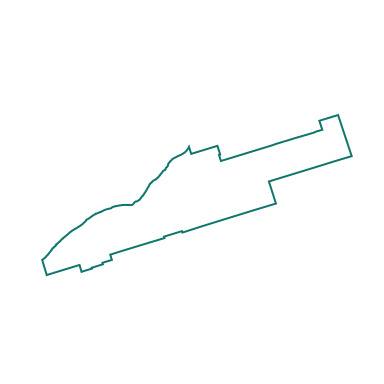 outline of Dundas, Western Australia, Australia, rotated 163°
{"feature_id": "25037944B97036074912579", "entity_name": "Dundas", "entity_type": "district", "adm_level": 2, "iso_a3": "AUS", "parent_name": "Australia", "parent_adm1": "Western Australia", "projection": "equal_earth", "projection_center": [126.268, -32.126], "detail": "fine", "context": "isolated", "style": "outline", "palette": "teal", "viewbox_px": 384, "rotation_deg": 163, "n_neighbors": 0, "source": "geoboundaries", "source_scale": "gbopen_adm2", "svg_char_len": 5626}
<svg xmlns="http://www.w3.org/2000/svg" viewBox="0 0 384 384"><g transform="rotate(163 192 192)"><path d="M355.2,155.1L320.9,155.1L321.0,148.0L310.0,148.0L310.0,148.9L298.4,148.9L298.4,150.5L288.5,150.5L288.5,156.0L275.9,156.1L254.7,156.1L231.8,156.0L231.8,157.5L213.0,157.5L213.0,156.0L192.2,156.3L173.7,156.4L137.3,156.5L115.1,156.4L115.4,179.6L72.7,179.6L47.5,179.7L28.8,179.6L29.8,222.9L49.4,222.9L49.2,213.4L56.5,213.5L57.0,213.2L65.4,213.2L76.6,213.4L92.8,213.4L98.0,213.4L101.6,213.2L155.3,213.2L155.3,219.6L154.1,219.6L154.2,228.7L181.6,228.7L181.7,236.0L182.6,235.0L183.5,234.3L183.7,234.2L185.0,233.2L186.8,232.2L187.1,232.1L188.2,231.7L189.8,231.3L190.5,231.0L191.9,230.8L192.2,230.8L192.8,230.7L193.3,230.6L193.6,230.6L194.6,230.4L195.0,230.5L195.5,230.3L196.2,230.2L198.0,229.8L198.9,229.8L199.7,229.5L200.7,229.3L200.8,229.3L201.0,229.3L201.6,228.9L202.1,228.6L202.3,228.4L202.7,228.3L203.5,227.9L204.1,227.6L204.4,227.1L204.7,227.0L205.0,226.8L205.6,226.6L206.2,226.1L206.4,225.9L206.7,225.3L206.8,225.2L207.4,224.2L207.6,224.1L207.7,223.9L207.9,223.8L208.3,223.5L208.5,223.3L209.2,222.9L209.5,222.9L209.8,222.7L210.3,222.3L210.5,221.7L210.9,221.1L211.1,221.1L211.3,221.1L211.5,221.0L211.9,220.9L212.5,220.8L213.2,220.7L213.7,220.5L213.8,220.3L214.0,220.2L214.3,220.0L214.4,219.8L214.7,219.6L214.9,219.4L215.4,219.0L215.9,218.8L216.1,218.6L216.4,218.4L216.5,218.4L216.9,218.1L217.2,217.9L217.5,217.7L217.8,217.4L218.1,217.2L218.3,217.0L218.6,216.9L219.1,216.7L219.3,216.4L219.5,216.4L220.0,216.1L220.6,215.7L221.4,215.3L221.8,215.2L222.3,214.9L222.6,214.9L222.8,214.7L223.1,214.7L223.4,214.5L224.0,214.4L225.1,214.3L225.6,214.1L225.8,214.1L226.3,213.8L227.1,213.5L227.2,213.4L227.3,213.2L227.5,213.0L228.4,212.8L228.6,212.6L229.2,212.5L229.4,212.2L229.5,212.1L229.9,212.0L230.2,211.7L230.4,211.6L231.0,210.8L231.5,210.4L231.7,210.2L231.9,210.0L232.2,209.6L232.5,209.4L232.9,209.1L233.2,208.9L233.6,208.4L233.9,208.1L234.2,207.8L234.5,207.4L235.2,206.9L235.4,206.7L235.7,206.3L236.0,206.2L236.3,205.9L236.5,205.7L236.8,205.5L237.1,205.3L237.4,205.0L237.8,204.8L238.2,204.3L238.8,203.8L238.9,203.7L239.3,203.5L239.4,203.3L239.7,203.1L239.9,203.0L240.2,202.7L240.4,202.7L241.0,202.4L241.4,202.2L241.7,202.0L242.4,201.3L242.7,201.1L242.9,201.1L243.2,200.9L243.4,200.6L243.8,200.4L244.3,200.0L244.7,199.8L245.1,199.8L245.3,199.6L245.7,199.6L246.3,199.4L246.5,199.4L247.0,199.3L247.3,199.1L248.2,199.2L248.5,199.3L248.8,199.4L249.0,199.3L249.4,199.2L250.2,198.8L250.6,198.4L250.8,198.3L251.1,198.0L251.4,197.9L251.7,197.6L251.9,197.5L252.2,197.4L253.5,197.2L253.8,197.2L254.4,197.4L254.6,197.5L254.8,197.7L255.4,197.9L255.6,197.9L256.1,198.1L257.4,198.4L258.1,198.6L258.6,198.7L259.1,199.0L259.9,199.3L260.2,199.3L260.6,199.5L261.4,199.7L261.8,199.8L262.0,199.8L262.6,199.9L262.9,199.9L263.6,200.1L266.0,200.4L266.8,200.5L267.1,200.6L267.7,200.5L268.4,200.7L269.5,200.7L269.5,200.8L269.8,200.8L270.5,200.9L271.1,200.9L271.3,200.8L271.7,200.8L272.0,200.8L272.7,200.8L273.3,200.5L273.4,200.4L273.7,200.2L274.1,200.1L274.3,200.2L275.1,200.1L275.3,200.2L275.7,200.2L275.8,200.2L276.7,200.3L276.8,200.4L277.1,200.4L277.3,200.3L277.6,200.3L278.4,200.4L278.9,200.4L280.1,200.4L280.5,200.4L280.9,200.3L281.2,200.3L282.1,200.1L282.8,200.0L283.6,199.9L283.8,199.9L284.4,199.7L284.6,199.7L284.8,199.6L285.4,199.7L285.5,199.5L286.2,199.6L286.6,199.5L286.8,199.6L287.1,199.5L288.3,199.4L288.8,199.4L289.1,199.3L289.5,199.3L290.0,199.3L290.4,199.3L290.5,199.2L290.6,199.3L290.8,199.1L291.8,198.9L292.1,198.9L292.3,198.8L292.8,198.7L293.2,198.5L294.1,198.4L294.5,198.3L294.8,198.0L295.0,197.9L295.7,197.7L295.8,197.7L296.1,197.7L296.7,197.4L296.8,197.4L297.0,197.3L297.3,197.3L298.0,197.0L298.3,196.9L298.7,196.7L299.1,196.7L299.3,196.6L299.8,196.5L300.0,196.5L300.4,196.4L300.7,196.4L300.9,196.3L301.1,196.3L301.4,196.1L301.5,195.9L301.9,195.7L302.0,195.4L302.2,195.2L303.0,194.9L303.5,194.5L303.8,194.4L304.0,194.3L304.4,194.2L304.8,194.1L305.0,193.9L305.4,193.6L307.4,192.9L307.9,192.6L308.3,192.6L309.0,192.3L309.4,192.2L309.5,192.2L310.0,192.1L310.5,191.9L310.9,191.8L311.2,191.8L311.7,191.6L312.5,191.4L312.8,191.3L313.1,191.2L313.4,191.2L313.7,191.0L314.0,191.0L314.4,190.9L315.0,190.9L315.5,190.7L315.9,190.6L316.1,190.5L316.4,190.4L317.4,190.2L317.8,190.1L318.4,189.8L318.6,189.8L318.9,189.7L319.2,189.6L319.4,189.6L319.8,189.3L320.0,189.3L320.1,189.2L320.5,189.1L321.0,188.9L321.2,188.7L321.7,188.6L322.2,188.3L322.9,188.0L323.6,187.7L323.9,187.5L324.3,187.4L324.5,187.3L325.0,187.1L325.4,186.9L325.6,186.8L326.1,186.6L326.3,186.6L326.8,186.3L327.2,186.2L327.4,186.1L327.6,186.1L327.8,186.0L327.8,185.9L328.4,185.6L328.8,185.6L329.0,185.3L329.3,185.2L329.5,185.1L330.0,185.0L330.2,184.8L330.4,184.7L330.6,184.7L331.7,184.0L332.1,183.8L332.7,183.5L332.9,183.3L333.2,183.3L333.5,183.0L333.9,183.0L334.3,182.8L334.5,182.7L334.8,182.5L335.2,182.4L335.5,182.1L335.9,181.9L336.2,181.9L336.3,181.8L336.6,181.8L336.6,181.6L336.8,181.3L337.0,181.3L337.6,181.0L337.8,181.0L337.8,180.8L338.2,180.5L338.3,180.3L338.6,180.1L338.8,180.1L339.0,180.1L339.4,179.9L340.0,179.8L340.1,179.7L340.3,179.4L340.6,179.3L340.8,179.2L341.1,179.1L341.4,179.0L341.6,179.0L341.8,178.9L342.2,178.6L342.4,178.5L342.5,178.3L342.6,178.1L342.8,177.8L343.1,177.8L343.4,177.6L343.9,177.2L344.0,177.1L344.3,176.8L344.7,176.6L345.5,176.0L345.8,175.8L346.0,175.8L346.8,175.1L347.3,174.9L347.4,174.7L347.8,174.3L348.4,174.1L348.7,173.9L349.2,173.6L349.6,173.4L349.9,173.3L350.1,173.1L350.3,172.9L351.2,172.4L351.6,172.3L351.8,172.1L352.2,172.0L352.4,171.9L353.1,171.6L353.7,171.3L355.1,170.9L355.2,155.1Z" fill="none" stroke="#0f766e" stroke-width="2"/></g></svg>